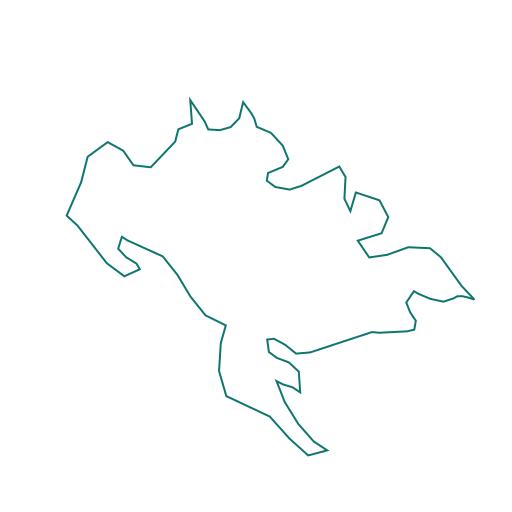 SVG path tracing the border of Kaskazini-Pemba, rotated 132°
{"feature_id": "TZA-3380", "entity_name": "Kaskazini-Pemba", "entity_type": "Region", "adm_level": 1, "iso_a3": "TZA", "parent_name": "United Republic of Tanzania", "parent_adm1": "", "projection": "mercator", "projection_center": [39.766, -5.046], "detail": "fine", "context": "isolated", "style": "outline", "palette": "teal", "viewbox_px": 512, "rotation_deg": 132, "n_neighbors": 0, "source": "natural_earth", "source_scale": "10m", "svg_char_len": 1328}
<svg xmlns="http://www.w3.org/2000/svg" viewBox="0 0 512 512"><g transform="rotate(132 256 256)"><path d="M213.8,398.5L200.6,392.0L184.1,409.2L190.4,384.1L193.9,376.2L186.7,367.1L177.2,361.1L164.9,360.6L150.3,368.5L153.1,354.9L155.0,349.3L159.5,341.9L154.5,327.3L156.1,309.9L162.5,296.8L171.8,295.7L186.2,302.6L192.8,298.4L191.8,287.8L184.1,275.4L173.5,269.2L133.8,254.0L137.4,242.3L154.3,228.6L159.5,215.9L142.0,224.3L132.0,201.5L138.6,183.7L155.1,177.9L176.5,190.6L181.3,170.9L167.5,159.4L147.6,148.7L133.8,131.9L133.2,117.7L140.7,83.2L142.2,64.5L145.0,70.8L147.9,75.9L151.3,79.5L155.0,80.7L164.5,86.1L171.2,97.8L175.3,109.6L176.5,115.1L190.0,113.2L194.6,104.0L197.2,93.9L204.8,89.1L211.0,93.4L230.7,113.2L234.9,118.9L291.5,151.3L301.7,160.9L302.5,175.0L305.5,187.3L310.6,191.8L318.7,182.2L317.8,172.3L313.1,160.5L313.3,146.8L327.8,131.9L329.1,140.9L333.4,150.1L335.2,157.1L345.3,136.9L352.5,112.3L355.2,89.0L352.8,73.0L369.3,83.8L369.3,108.9L366.1,138.3L380.0,184.3L366.2,206.5L344.4,223.8L327.8,232.0L333.9,253.8L330.0,277.6L322.6,301.7L318.7,325.1L330.4,361.9L331.5,368.5L342.8,363.3L343.8,351.6L341.6,339.6L343.6,333.5L359.2,340.3L361.2,361.9L352.8,409.2L352.7,423.7L318.2,435.3L294.9,447.5L270.6,442.4L266.6,425.1L270.6,407.8L260.5,393.6L225.0,392.6L213.8,398.5Z" fill="none" stroke="#0f766e" stroke-width="2"/></g></svg>